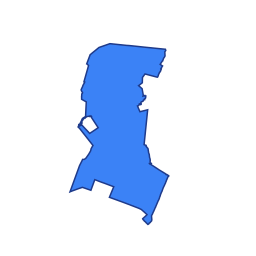 López, Chihuahua, Mexico (Natural Earth projection), rotated 36°
{"feature_id": "50627088B10503438619479", "entity_name": "López", "entity_type": "district", "adm_level": 2, "iso_a3": "MEX", "parent_name": "Mexico", "parent_adm1": "Chihuahua", "projection": "natural_earth1", "projection_center": [-104.952, 26.935], "detail": "fine", "context": "isolated", "style": "filled", "palette": "blue", "viewbox_px": 256, "rotation_deg": 36, "n_neighbors": 0, "source": "geoboundaries", "source_scale": "gbopen_adm2", "svg_char_len": 5283}
<svg xmlns="http://www.w3.org/2000/svg" viewBox="0 0 256 256"><g transform="rotate(36 128 128)"><path d="M73.7,132.0L78.9,131.4L87.0,143.8L87.2,144.2L86.7,144.0L86.4,145.1L86.0,145.7L85.6,147.1L85.7,148.0L86.1,149.6L86.2,150.2L86.5,152.2L86.6,152.7L86.6,153.4L86.1,154.1L86.7,155.2L87.2,154.8L87.8,153.3L88.0,151.9L88.0,151.5L87.5,150.8L87.6,150.7L86.7,149.9L86.8,149.1L86.7,149.1L86.7,148.1L86.6,147.5L86.7,146.8L86.9,146.0L87.0,145.4L87.5,144.3L87.7,144.0L87.4,143.6L87.8,143.1L89.0,142.0L89.8,141.0L90.2,141.2L90.8,140.0L91.7,140.1L91.7,140.4L91.6,140.7L103.7,145.3L100.2,154.9L88.7,152.7L88.4,153.1L88.5,153.4L88.0,154.0L87.9,154.3L87.7,154.8L87.0,155.6L87.0,155.9L87.0,156.3L87.0,156.5L89.1,156.8L109.9,162.7L110.3,166.3L111.2,168.5L111.6,172.2L111.7,177.0L111.1,179.1L109.7,180.1L109.9,180.7L110.9,186.9L118.6,213.7L119.6,212.1L123.7,206.0L126.0,202.8L134.6,200.2L131.5,189.3L137.9,187.6L141.9,186.4L151.0,183.9L153.7,195.0L166.9,191.2L170.1,190.3L183.9,186.6L186.6,186.1L190.0,186.4L194.3,186.9L194.3,187.0L194.3,187.4L193.2,192.8L193.5,193.0L194.1,193.2L194.4,193.3L194.8,193.2L194.9,193.3L195.0,193.3L195.3,193.5L195.5,193.6L195.9,193.6L196.3,193.7L196.9,193.7L197.1,193.7L197.9,193.8L198.0,193.9L198.2,194.0L198.3,194.0L198.6,194.0L198.8,194.0L199.9,194.2L200.2,194.2L200.5,194.3L200.8,194.3L201.0,193.7L201.2,193.3L201.2,193.1L201.2,192.9L201.1,192.6L201.1,192.4L201.1,192.2L201.3,191.9L201.5,191.6L201.5,190.5L201.6,190.2L201.6,189.7L201.7,189.4L201.4,188.6L201.3,188.3L200.6,187.6L200.3,187.1L200.1,186.9L199.8,186.6L199.2,185.9L198.6,185.1L198.5,184.6L198.4,183.9L198.4,183.7L198.3,182.9L198.2,182.6L198.1,182.3L198.0,182.1L198.0,181.8L197.9,181.5L197.8,180.7L197.8,180.4L197.6,180.0L197.5,179.4L197.4,178.7L196.9,176.8L196.9,176.5L196.9,176.2L196.8,175.7L196.6,175.4L196.6,175.1L196.1,173.0L195.2,169.1L195.1,168.1L194.9,167.2L194.8,166.9L194.7,166.5L194.6,166.2L194.4,165.7L194.1,164.9L194.1,164.6L194.0,164.2L193.9,163.8L193.8,163.6L193.7,163.4L193.5,163.0L193.5,162.7L193.4,162.5L193.2,161.9L193.1,161.2L193.0,160.9L192.9,160.4L192.8,160.0L192.8,159.9L192.7,159.2L192.5,158.7L192.4,158.2L192.2,157.7L192.0,156.9L191.8,156.3L191.8,156.1L191.7,155.9L191.6,155.6L191.6,155.3L191.4,154.5L191.3,153.7L191.2,153.1L191.1,152.7L190.9,152.1L190.9,151.7L190.6,150.2L190.2,149.1L190.2,148.8L190.2,148.6L190.0,148.1L189.9,147.9L189.9,147.7L189.7,147.1L189.7,146.9L189.7,146.7L189.4,145.8L189.3,145.1L189.1,144.5L189.0,143.8L189.1,143.6L189.2,142.8L188.9,142.7L186.8,142.8L186.7,143.1L186.4,143.2L186.2,143.3L186.0,143.2L185.9,143.2L185.7,143.0L184.6,143.0L183.7,143.1L177.7,143.6L177.1,143.6L167.2,144.1L166.8,144.3L166.6,144.3L166.4,144.2L166.7,144.0L167.2,143.9L167.5,143.7L167.8,143.4L167.8,143.1L167.7,143.1L167.6,142.9L167.4,142.9L167.3,143.0L167.2,143.0L166.6,143.0L166.4,143.0L166.3,142.9L165.9,142.6L165.7,142.3L165.6,142.0L165.5,141.9L165.3,141.7L165.2,141.5L165.1,141.2L164.4,140.5L164.3,140.3L163.9,140.0L163.6,139.7L162.7,139.1L162.3,138.6L162.1,138.4L161.8,138.1L161.1,137.3L160.8,137.0L160.0,136.4L159.7,136.2L159.1,135.8L158.9,135.6L158.3,134.9L157.8,134.5L157.5,134.1L157.3,133.9L157.2,133.9L156.9,133.6L156.7,133.2L156.3,133.0L156.1,132.9L155.7,132.7L155.2,132.7L154.7,132.5L154.6,132.4L154.2,132.4L153.8,132.3L153.6,132.2L153.3,132.1L153.2,131.9L153.0,131.6L152.9,131.4L150.8,132.0L133.2,101.7L128.1,107.8L126.7,107.0L122.7,104.6L122.9,104.3L123.1,104.0L123.3,103.7L123.4,103.4L123.4,103.2L123.4,102.8L123.4,102.6L123.2,102.4L123.0,102.2L123.0,101.9L123.3,101.5L123.5,101.5L123.9,101.8L124.1,101.8L124.3,101.8L124.5,101.7L124.7,101.3L124.7,101.0L124.6,100.8L124.3,100.5L124.1,100.4L123.9,100.4L123.7,100.4L123.6,100.2L123.6,99.9L123.5,99.7L123.5,99.3L123.4,99.1L123.6,98.8L123.9,98.4L124.0,98.2L124.2,97.8L124.3,97.7L124.4,97.3L124.3,97.0L124.1,96.6L124.1,96.3L124.8,95.3L124.6,95.2L124.2,94.9L124.4,94.2L124.6,93.8L124.6,93.5L124.5,93.3L124.5,93.2L124.2,92.7L124.0,92.4L123.9,92.2L123.6,91.6L123.3,91.7L123.0,92.1L122.9,92.2L122.7,92.2L122.4,91.9L121.8,92.9L121.6,93.0L121.4,93.3L121.1,92.5L116.3,87.9L111.8,87.5L111.7,87.5L113.0,83.0L110.0,78.6L110.0,74.3L121.3,69.9L122.0,69.5L122.0,69.3L121.9,68.9L121.9,68.7L121.8,68.2L121.7,68.0L121.6,67.7L121.5,67.3L121.4,67.1L121.3,66.9L121.2,66.3L121.2,65.7L120.9,65.2L120.9,64.9L120.9,64.6L121.0,64.2L120.9,63.8L120.8,63.1L120.9,62.9L120.8,62.6L120.7,62.2L120.5,61.8L120.5,61.7L120.4,61.1L120.2,60.8L119.8,60.8L119.8,59.5L119.5,59.3L119.5,58.9L119.5,57.5L116.6,57.6L116.4,52.9L116.5,52.9L116.3,52.3L116.2,52.0L116.1,51.6L115.9,51.1L115.9,50.8L115.8,50.4L115.8,50.1L115.8,49.4L115.8,49.0L115.7,48.5L115.6,48.1L115.6,47.9L115.4,47.7L113.0,44.7L113.0,44.1L113.0,43.1L112.0,42.3L93.5,53.1L86.7,57.0L80.5,60.6L78.3,62.0L63.8,70.4L57.2,79.9L54.3,90.9L56.9,100.4L57.6,100.3L59.4,100.7L59.5,101.0L61.6,106.7L65.2,116.5L65.9,116.2L66.2,116.9L66.2,117.0L66.2,117.3L66.3,117.6L66.3,117.9L66.3,118.2L66.3,118.6L66.5,119.9L66.6,120.3L66.8,120.9L67.0,121.6L67.1,121.8L67.1,122.1L67.1,122.3L67.4,123.7L67.5,124.3L67.7,124.7L67.9,124.9L69.0,125.5L69.7,125.8L70.2,125.9L70.4,126.1L70.6,126.4L70.6,126.7L70.7,126.9L70.6,127.1L70.6,127.6L70.7,127.8L71.1,128.4L71.2,128.6L71.8,129.4L71.9,129.7L72.0,129.9L72.5,130.5L72.7,130.8L73.1,131.3L73.3,131.6L73.6,132.0L73.7,132.0Z" fill="#3b82f6" stroke="#1e3a8a" stroke-width="1.5"/></g></svg>